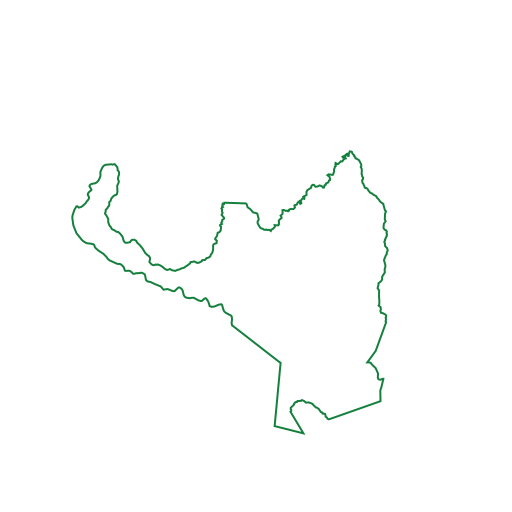 Riachão, Maranhão, Brazil (Mercator projection), rotated 120°
{"feature_id": "56859067B63630891842305", "entity_name": "Riachão", "entity_type": "district", "adm_level": 2, "iso_a3": "BRA", "parent_name": "Brazil", "parent_adm1": "Maranhão", "projection": "mercator", "projection_center": [-46.708, -7.747], "detail": "fine", "context": "isolated", "style": "outline", "palette": "green", "viewbox_px": 512, "rotation_deg": 120, "n_neighbors": 0, "source": "geoboundaries", "source_scale": "gbopen_adm2", "svg_char_len": 6144}
<svg xmlns="http://www.w3.org/2000/svg" viewBox="0 0 512 512"><g transform="rotate(120 256 256)"><path d="M247.1,424.3L248.6,425.9L248.8,427.0L252.4,432.1L254.3,433.1L256.9,433.3L261.0,432.8L264.5,430.7L267.7,430.2L270.2,430.3L271.7,430.7L273.4,431.6L275.9,434.6L277.9,435.4L278.9,435.1L280.6,432.0L281.4,431.5L283.4,432.4L285.8,432.8L287.2,432.3L287.7,431.2L288.9,429.7L290.1,429.4L291.8,429.5L293.6,429.9L295.7,430.0L299.2,431.1L300.9,431.9L302.7,433.7L302.3,435.6L302.8,436.3L306.5,436.4L312.1,435.3L314.5,434.4L320.7,429.6L326.0,422.9L329.3,414.4L329.6,412.0L329.6,409.2L328.0,405.4L327.2,402.8L327.2,401.9L329.1,399.6L329.4,398.5L330.1,395.1L330.4,389.3L331.6,385.0L332.7,382.6L333.0,380.6L332.2,372.4L330.9,369.7L330.9,368.2L331.7,365.1L334.2,362.3L334.0,361.4L332.3,358.7L332.0,357.6L332.2,355.6L332.8,353.8L332.4,352.6L330.9,351.3L329.0,348.2L327.9,347.2L327.5,346.0L327.5,343.3L328.6,342.0L331.6,339.5L332.3,337.6L331.2,333.9L330.9,329.6L330.0,323.2L331.4,319.3L328.8,316.0L327.9,310.1L327.0,308.9L322.5,307.6L321.7,307.0L321.4,306.0L321.8,303.7L322.5,302.4L326.2,298.8L326.9,297.1L326.9,295.4L325.6,292.1L324.6,291.1L323.3,289.0L323.2,283.6L322.5,281.0L321.7,280.3L319.5,279.7L317.8,278.7L317.8,277.7L319.3,274.7L321.0,272.6L322.6,271.1L322.1,268.8L320.4,266.6L316.8,264.0L315.1,261.8L315.4,260.9L319.4,256.7L320.0,255.5L320.3,253.5L320.1,247.8L320.6,246.7L323.0,245.0L326.3,243.6L328.0,242.1L336.1,183.2L336.2,181.3L394.0,154.8L385.9,126.3L373.6,148.3L372.7,148.0L371.8,148.4L371.3,149.4L370.0,150.0L365.8,148.8L365.0,149.2L362.8,148.7L362.0,147.5L360.9,147.6L359.0,144.6L357.9,144.3L357.5,142.0L358.0,139.4L356.5,137.3L355.8,133.2L356.3,132.1L357.2,128.4L356.9,127.5L357.1,125.1L358.7,121.9L358.4,120.3L359.2,119.5L358.2,117.3L358.8,116.5L360.3,115.4L360.4,114.0L361.2,112.6L360.9,111.1L319.5,75.6L310.3,81.1L306.2,82.0L298.7,84.3L299.1,85.0L300.9,86.3L301.4,87.6L301.3,88.8L300.2,89.8L296.7,91.6L293.3,96.3L292.1,101.0L291.2,103.3L291.6,104.9L292.5,106.4L278.3,104.9L248.2,110.2L247.8,111.1L246.0,111.7L244.4,112.9L243.5,112.9L242.5,113.5L242.1,114.2L242.0,115.1L242.2,118.4L242.7,119.3L241.5,120.8L239.7,121.2L238.0,122.5L237.6,125.0L236.7,124.9L233.9,126.3L229.1,129.5L224.3,132.1L223.1,134.6L219.9,135.5L218.4,136.3L215.7,135.2L214.2,135.0L213.1,135.1L211.4,136.2L210.2,136.4L205.9,136.2L203.3,137.9L200.9,138.5L199.2,139.4L195.6,143.1L190.4,143.9L189.0,143.7L187.6,144.5L185.6,144.6L183.7,146.3L182.8,149.2L180.6,150.7L179.6,152.0L178.2,152.0L177.3,152.6L176.2,152.4L175.2,152.8L173.6,152.6L173.0,153.1L172.0,153.2L170.8,154.5L169.5,154.8L168.7,156.2L168.9,157.0L168.4,159.1L167.4,159.9L164.1,161.4L161.1,161.1L159.8,162.8L155.1,165.3L152.3,165.8L152.0,167.1L147.9,171.3L147.2,171.8L146.9,175.5L145.7,177.9L145.0,180.4L144.1,181.8L144.2,185.2L143.8,187.0L144.2,188.4L143.0,191.6L142.0,193.2L142.0,194.3L142.5,195.2L142.4,195.9L141.2,197.2L140.9,198.0L139.9,198.9L139.5,200.2L137.4,202.0L136.0,201.8L134.5,202.5L134.1,203.7L132.9,204.6L132.3,205.5L129.2,207.0L127.4,208.3L126.6,209.8L125.6,209.7L124.0,210.8L121.6,214.5L121.4,217.0L121.7,218.7L120.9,219.2L120.6,220.8L119.7,221.1L119.5,222.6L118.8,224.1L118.0,224.7L118.0,225.9L118.5,227.1L120.5,226.7L121.6,227.8L122.2,226.1L123.0,225.8L123.5,227.1L122.7,228.4L123.6,229.0L124.7,228.9L125.8,230.1L126.8,230.7L127.2,230.0L125.5,228.9L126.7,227.1L127.6,228.1L131.1,228.7L131.6,229.9L135.1,230.8L135.9,231.6L135.6,232.3L135.7,233.6L136.9,233.1L138.3,231.9L139.2,232.3L140.3,231.9L141.8,231.8L143.9,230.6L146.4,230.1L147.4,230.1L149.0,234.0L150.3,234.5L150.7,231.9L152.2,230.4L153.2,229.9L154.2,230.6L155.4,230.2L156.5,230.4L157.9,231.5L158.8,231.6L159.5,231.2L160.5,232.0L162.6,231.3L163.3,232.2L162.6,233.8L163.1,236.2L165.2,237.6L166.3,239.2L165.5,241.3L165.7,242.1L166.4,242.7L167.6,243.0L169.4,242.4L173.1,244.4L175.4,244.4L177.1,243.1L178.0,242.8L180.8,244.6L181.3,243.2L182.4,242.8L182.7,244.4L185.5,244.9L186.3,245.6L187.5,245.6L188.9,246.6L191.2,246.4L192.3,247.7L193.1,248.0L194.5,246.5L196.6,247.0L198.2,249.8L199.6,250.6L200.2,250.1L201.3,250.7L201.3,252.0L202.1,253.0L202.2,254.9L203.1,256.0L205.5,254.4L206.5,254.1L208.8,254.9L209.6,253.4L210.3,252.8L212.9,253.9L214.2,253.9L215.1,253.0L216.1,252.8L216.7,252.0L218.3,252.0L220.0,255.3L220.7,254.5L221.9,254.3L224.5,255.1L225.5,255.9L226.9,255.7L226.7,257.7L228.0,259.4L228.0,260.6L228.8,261.2L229.2,262.3L229.1,264.0L229.5,265.5L229.3,266.7L227.0,270.8L225.2,271.9L223.4,271.8L222.7,272.1L218.9,275.8L218.6,276.8L219.7,280.4L218.3,284.3L218.0,287.6L215.8,290.0L215.6,291.2L225.7,310.1L227.1,309.6L227.8,310.0L227.6,310.9L229.8,310.2L230.2,309.1L231.2,309.7L232.2,309.7L232.6,308.6L234.5,307.8L235.3,306.5L237.6,306.4L238.9,302.7L239.6,302.3L241.7,303.3L242.8,302.6L244.5,302.7L245.3,301.5L246.8,302.6L247.7,302.3L248.2,300.8L251.8,299.3L253.8,299.7L255.0,300.8L258.2,299.8L261.2,300.1L261.9,299.7L262.3,297.6L264.7,296.6L266.5,298.3L267.4,298.6L268.1,298.5L272.4,296.1L275.2,295.5L277.7,295.8L279.1,295.4L281.2,296.3L282.7,297.9L283.7,297.9L285.0,298.3L286.5,300.5L287.7,300.4L290.3,302.0L290.7,302.9L291.4,303.3L291.5,306.6L294.1,309.6L295.3,309.4L298.7,310.8L300.4,311.8L301.7,312.1L304.0,314.3L306.2,315.8L307.0,316.9L309.2,318.4L310.3,321.5L310.3,323.9L312.5,325.9L312.8,328.1L312.2,331.0L312.0,333.9L312.4,336.8L313.3,337.6L313.6,338.8L314.5,339.3L315.4,340.5L315.5,341.5L315.1,343.6L314.4,345.4L311.6,346.2L310.5,347.0L309.5,348.8L309.6,350.1L308.7,353.6L306.2,358.0L304.6,362.4L303.8,365.8L302.7,367.3L302.8,369.5L303.4,370.7L304.3,371.6L305.9,372.0L307.0,372.0L308.9,374.1L309.9,375.9L309.2,378.0L306.0,381.3L304.6,384.8L304.1,387.0L304.8,389.3L304.5,391.2L304.8,393.6L304.6,394.7L303.7,395.8L302.9,398.1L300.7,400.8L297.7,402.6L295.5,406.2L295.0,407.7L294.0,408.3L293.2,408.2L291.2,409.2L288.5,408.6L287.7,408.8L286.3,408.4L285.3,408.5L282.8,410.0L281.0,409.5L278.6,410.0L276.3,409.7L273.9,408.7L273.2,407.9L272.1,407.4L269.5,408.2L264.7,411.3L261.0,411.7L259.8,412.2L258.9,413.5L257.9,414.3L255.6,415.1L254.4,415.2L252.1,416.3L251.3,417.4L250.8,418.9L249.3,419.7L248.4,420.6L247.1,424.3ZM187.5,245.6L186.8,243.8L187.7,243.1L188.7,243.7L187.5,245.6Z" fill="none" stroke="#15803d" stroke-width="2"/></g></svg>